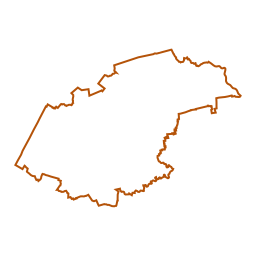 the district of Thanh Tri, Sóc Trăng, Vietnam
{"feature_id": "81297802B36147607104720", "entity_name": "Thanh Tri", "entity_type": "district", "adm_level": 2, "iso_a3": "VNM", "parent_name": "Vietnam", "parent_adm1": "Sóc Trăng", "projection": "mercator", "projection_center": [105.741, 9.467], "detail": "fine", "context": "isolated", "style": "outline", "palette": "amber", "viewbox_px": 256, "rotation_deg": 0, "n_neighbors": 0, "source": "geoboundaries", "source_scale": "gbopen_adm2", "svg_char_len": 5833}
<svg xmlns="http://www.w3.org/2000/svg" viewBox="0 0 256 256"><path d="M114.2,65.3L114.7,68.4L114.3,70.6L114.6,71.2L115.5,71.8L116.2,72.6L115.9,72.5L115.6,72.5L114.0,73.7L112.7,73.8L111.8,75.0L111.2,75.5L110.9,75.7L109.6,75.8L109.1,76.2L108.5,76.4L107.6,76.4L106.7,75.6L104.7,75.1L98.3,83.6L104.6,88.5L102.4,91.3L101.5,90.5L101.4,90.6L89.4,95.7L88.5,89.2L81.7,90.2L77.8,87.6L71.4,93.1L73.2,94.9L73.3,96.4L72.7,99.2L72.7,100.2L73.0,100.6L72.9,102.6L73.1,103.0L72.3,103.5L72.2,104.5L71.4,105.2L70.4,104.8L68.9,104.8L66.4,105.9L66.1,105.4L65.2,105.4L64.0,104.1L62.8,104.1L62.1,104.5L61.5,104.1L61.2,104.0L60.6,104.5L57.8,107.9L56.2,106.7L55.9,107.1L55.7,107.7L55.3,107.6L55.0,108.4L54.2,108.0L53.9,108.4L52.6,107.7L52.8,107.4L47.7,104.4L46.6,106.7L45.9,106.4L39.5,118.7L37.8,122.2L33.9,129.4L29.7,137.7L22.6,150.8L21.1,154.7L17.9,160.3L15.4,165.0L17.7,166.3L22.5,169.1L24.6,165.7L25.0,166.0L26.2,167.4L27.7,168.6L26.9,171.6L27.1,171.9L29.2,173.5L30.9,175.1L32.4,175.9L33.3,176.1L34.8,176.2L35.6,178.4L36.4,180.0L37.8,179.6L38.4,181.0L40.4,179.4L41.1,178.0L41.3,176.6L42.3,174.2L42.6,173.9L43.8,174.3L44.0,174.2L45.9,175.1L47.7,175.5L51.0,176.6L58.6,178.7L58.4,180.1L60.8,180.8L60.4,182.2L60.8,183.5L60.6,184.7L60.4,185.4L59.9,185.5L56.9,189.9L58.1,189.9L58.7,190.9L60.7,191.3L61.0,191.4L61.1,191.7L61.5,191.9L63.4,191.8L64.9,191.0L66.2,190.8L67.2,192.5L67.4,193.1L68.1,193.2L68.4,193.5L68.2,197.6L70.5,197.1L71.7,198.9L72.7,198.5L73.0,198.9L73.4,198.7L73.7,199.5L76.5,198.5L76.2,198.0L77.3,197.7L80.4,196.4L81.3,196.3L84.1,196.4L85.4,195.9L85.9,196.0L88.3,194.8L92.1,200.5L93.5,201.1L94.1,201.2L96.3,200.3L98.3,204.8L98.8,205.7L104.3,204.1L104.6,204.3L106.2,204.3L107.4,204.9L109.0,204.9L112.0,206.1L114.2,206.3L115.4,205.9L116.1,205.9L116.4,205.3L117.3,200.9L117.6,200.9L117.8,200.6L117.6,199.3L117.7,194.6L118.5,191.5L115.9,189.6L119.9,188.7L119.9,189.4L121.1,191.5L121.8,191.9L122.7,191.6L123.1,191.6L124.0,192.0L124.3,192.6L124.5,193.6L124.8,194.1L125.5,194.5L129.0,194.3L129.2,193.5L131.8,195.2L132.5,192.8L134.7,193.0L134.6,192.1L134.7,191.7L135.9,190.5L137.4,191.2L137.8,191.7L139.0,192.0L139.6,191.7L140.5,190.6L141.7,190.7L142.3,190.9L143.3,191.1L143.9,190.9L143.9,190.5L143.7,189.6L144.1,188.6L144.1,187.6L144.0,186.9L143.4,185.9L143.3,185.3L144.6,185.3L145.3,185.0L145.6,185.0L145.9,185.3L146.0,186.2L146.4,186.6L146.7,186.7L147.5,186.5L148.0,186.0L148.5,184.6L149.3,183.8L149.8,183.7L151.0,183.8L151.5,183.7L151.8,183.4L151.8,183.1L150.9,182.7L150.8,182.4L150.8,181.6L151.0,181.3L151.8,181.3L153.1,180.4L154.9,181.1L155.6,181.2L155.9,181.0L156.3,180.0L156.3,179.6L155.7,178.7L155.2,178.1L155.1,177.8L155.3,177.5L155.8,177.2L156.0,177.1L156.2,178.1L157.5,179.3L158.4,179.0L158.7,178.9L158.9,178.5L158.9,177.9L159.7,177.4L160.1,177.6L160.3,178.2L160.7,178.5L161.0,178.5L162.1,177.6L162.5,177.5L163.2,177.0L164.1,176.8L164.2,176.3L163.8,175.6L163.8,175.2L163.9,174.9L164.2,174.7L164.8,175.0L165.2,176.3L165.7,177.0L166.1,177.3L167.8,178.2L168.4,178.1L168.7,177.8L169.0,177.3L168.7,176.2L168.4,175.4L168.4,174.6L168.6,174.3L169.5,173.7L169.8,172.5L170.7,171.4L172.1,170.7L172.6,170.2L173.2,168.9L172.0,168.3L171.3,166.9L170.3,166.5L169.0,165.2L168.6,165.2L168.4,165.5L168.3,166.7L168.1,167.1L167.7,167.3L167.0,167.4L166.4,166.7L166.2,164.7L165.7,164.0L164.4,164.1L164.2,163.9L163.6,162.8L163.3,162.7L162.9,162.7L162.0,163.0L161.1,163.0L160.5,162.5L159.8,161.6L159.0,161.4L158.5,160.6L158.0,159.0L157.6,158.0L157.5,157.2L157.6,155.9L159.2,155.5L159.0,154.1L160.2,153.8L160.2,152.9L160.9,152.8L160.3,150.6L161.9,150.4L161.7,149.7L162.8,149.5L162.8,149.4L163.8,149.3L164.0,149.6L164.8,149.5L165.0,147.5L165.6,147.4L165.5,146.2L164.4,146.3L164.3,145.2L164.7,145.3L164.5,143.4L164.0,143.4L163.8,140.9L165.3,140.9L165.3,139.3L164.6,137.8L166.3,136.9L166.5,138.2L168.3,138.0L167.9,136.4L167.5,136.4L167.2,134.2L171.8,133.9L172.0,133.9L172.0,133.3L173.5,133.1L173.7,134.4L175.7,133.7L175.1,131.9L174.7,131.8L174.6,131.2L174.8,131.0L176.1,130.6L175.9,130.0L174.5,130.0L174.5,129.4L175.9,129.2L176.1,129.1L176.3,128.6L175.7,128.3L175.7,127.8L176.6,127.7L176.5,126.7L176.8,126.3L177.0,125.3L177.4,124.9L178.0,121.6L177.5,121.5L177.6,119.6L178.5,119.5L178.6,118.8L179.0,118.8L178.7,113.9L180.3,113.7L185.4,112.3L188.5,111.1L190.8,110.4L190.8,110.1L194.3,109.6L195.9,109.5L195.8,109.0L207.1,106.3L207.9,106.0L207.9,105.7L208.4,105.7L208.6,106.2L210.9,106.0L211.0,106.5L211.6,106.4L212.0,109.4L211.2,109.9L211.8,113.2L215.7,112.6L214.5,108.9L216.6,108.4L216.5,106.3L216.5,102.2L216.3,98.2L219.0,97.6L224.9,97.0L228.1,96.4L231.7,95.5L231.8,95.5L232.1,96.6L233.2,96.3L234.0,96.3L234.6,96.0L235.8,96.8L237.3,96.8L238.0,97.0L239.5,96.9L239.9,96.7L240.2,96.5L240.6,95.7L238.9,94.2L238.2,93.4L237.1,90.7L236.5,89.8L236.1,89.4L235.3,88.8L232.9,88.1L232.1,87.3L230.3,85.1L227.7,83.7L226.8,82.8L226.5,82.2L226.0,81.0L226.1,78.2L226.0,77.1L225.7,76.2L224.7,74.7L224.5,74.0L224.6,73.3L225.4,69.9L225.3,68.5L224.8,68.0L224.1,67.8L222.8,68.3L221.9,68.3L221.2,68.0L219.9,66.5L219.1,66.1L218.1,66.2L216.7,66.5L215.1,66.3L213.6,65.4L211.2,63.5L208.6,61.8L208.1,62.5L207.7,62.7L206.4,62.4L205.8,62.6L205.0,62.6L203.3,63.0L202.2,63.8L201.2,64.1L199.3,65.8L198.5,66.0L198.3,66.2L197.5,66.0L197.0,65.5L196.4,65.8L195.7,64.6L195.6,63.2L195.4,63.1L194.6,63.7L194.2,63.8L193.8,63.7L193.3,63.1L192.9,62.9L191.7,63.0L191.3,62.9L190.9,62.4L190.6,61.0L189.7,60.1L188.9,58.9L188.4,58.8L188.2,59.4L188.0,59.5L187.9,59.4L187.6,58.7L187.5,58.0L187.1,57.4L186.8,57.7L186.5,58.1L186.1,58.4L184.7,58.4L184.5,58.1L184.1,58.0L184.0,58.5L184.0,60.2L183.3,61.6L182.9,61.9L181.2,62.1L180.6,62.4L180.2,61.9L179.0,61.8L178.6,61.1L177.5,60.2L176.2,58.8L176.0,58.1L176.1,57.4L175.1,56.5L174.3,55.2L173.9,54.1L173.5,53.9L171.5,49.7L171.2,49.7L157.4,53.4L156.4,53.6L154.9,53.4L154.6,53.5L154.1,53.7L153.6,54.1L138.4,57.3L114.2,65.3Z" fill="none" stroke="#b45309" stroke-width="2"/></svg>